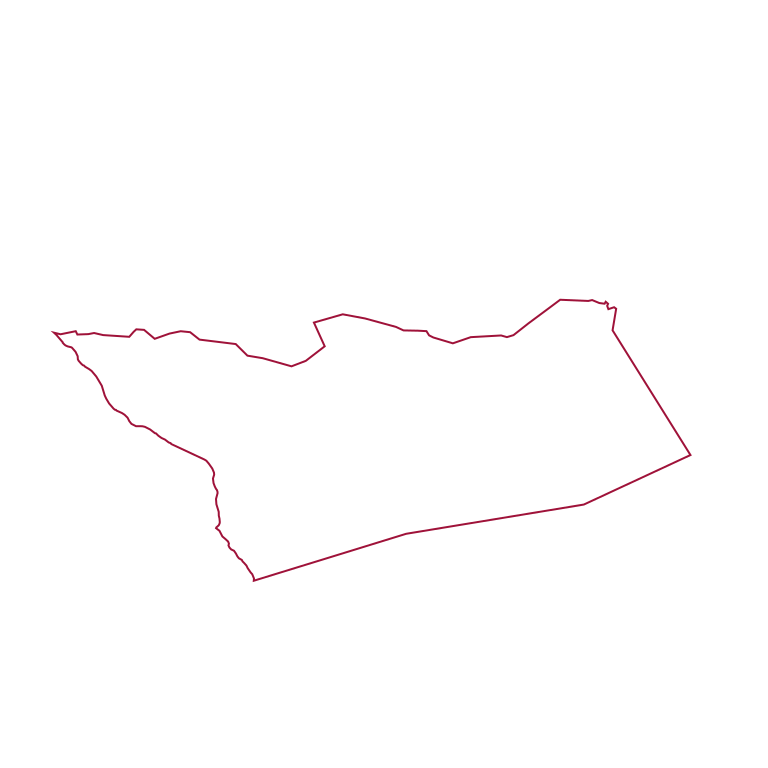 outline of North Waghi District, Western Highlands, Papua New Guinea, rotated 140°
{"feature_id": "67681753B53127057906438", "entity_name": "North Waghi District", "entity_type": "district", "adm_level": 2, "iso_a3": "PNG", "parent_name": "Papua New Guinea", "parent_adm1": "Western Highlands", "projection": "equal_earth", "projection_center": [144.746, -5.814], "detail": "fine", "context": "isolated", "style": "outline", "palette": "rose", "viewbox_px": 768, "rotation_deg": 140, "n_neighbors": 0, "source": "geoboundaries", "source_scale": "gbopen_adm2", "svg_char_len": 1930}
<svg xmlns="http://www.w3.org/2000/svg" viewBox="0 0 768 768"><g transform="rotate(140 384 384)"><path d="M603.8,635.4L603.4,632.2L603.3,622.5L603.6,622.1L603.5,619.9L603.2,618.3L602.2,616.2L600.0,613.2L599.7,612.4L599.6,606.9L600.8,602.2L602.7,599.6L603.0,597.9L602.9,594.1L602.6,592.0L601.9,590.8L601.9,589.5L600.3,584.9L599.6,581.9L599.6,574.7L601.3,564.1L605.3,554.7L606.2,551.3L607.1,545.8L607.0,539.0L606.7,537.3L606.0,536.5L606.0,535.6L603.4,530.2L602.5,527.2L602.1,523.0L603.0,519.2L603.1,515.8L601.1,511.1L596.3,507.0L594.7,504.9L592.4,499.5L591.1,493.6L590.4,492.7L590.1,489.4L589.1,485.6L587.5,482.2L586.5,477.6L585.5,475.9L585.5,474.6L570.1,441.5L569.4,439.4L569.4,435.6L569.9,429.6L571.2,425.4L572.4,423.7L575.8,421.5L578.3,417.6L579.5,414.2L580.1,411.6L580.1,410.4L580.7,408.7L581.6,407.4L586.6,403.9L589.7,399.6L592.8,392.3L595.2,389.3L596.5,386.7L598.6,383.7L599.5,382.9L601.4,382.0L604.2,381.9L605.2,381.9L605.5,382.3L604.4,377.3L605.8,371.1L605.1,366.9L604.7,363.5L605.4,361.4L606.9,360.3L607.5,358.1L607.4,355.5L606.1,352.7L606.4,349.3L606.8,347.6L607.1,346.2L607.2,343.8L606.0,340.6L606.4,339.0L606.2,337.0L606.1,333.3L606.8,330.5L607.3,325.3L607.2,323.0L608.6,318.6L610.2,317.0L546.3,290.0L463.3,255.0L308.4,163.2L194.9,132.6L174.4,278.2L157.8,292.4L158.4,294.9L164.0,297.1L162.8,300.4L160.8,301.4L161.3,304.5L162.1,304.2L163.4,303.7L167.0,307.6L170.6,314.5L174.1,316.3L194.9,335.3L207.4,336.0L234.3,337.6L253.4,338.2L259.7,340.9L263.1,345.9L287.4,364.1L305.1,370.9L316.3,387.9L318.2,392.3L317.5,397.2L323.6,402.9L334.6,412.5L338.1,420.0L356.4,446.4L370.8,463.9L398.2,476.1L405.2,451.0L429.0,452.0L443.5,457.0L460.3,481.7L470.4,493.5L471.9,509.9L496.8,536.6L499.2,548.3L505.8,555.1L515.9,560.5L530.6,566.0L533.0,579.7L538.6,585.1L542.2,584.9L548.8,583.9L567.7,602.0L573.3,609.4L578.5,612.3L582.2,615.2L587.1,619.0L586.2,622.6L599.8,630.0L603.8,635.4Z" fill="none" stroke="#9f1239" stroke-width="2"/></g></svg>